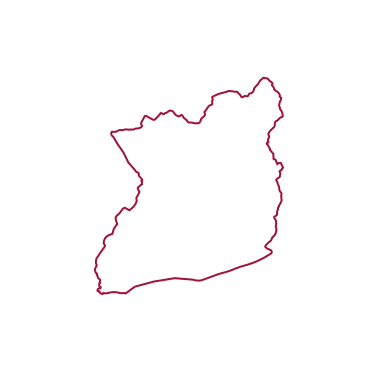 Sopbao, Houaphan, Laos (Mercator projection), rotated 307°
{"feature_id": "54806243B20736296010663", "entity_name": "Sopbao", "entity_type": "district", "adm_level": 2, "iso_a3": "LAO", "parent_name": "Laos", "parent_adm1": "Houaphan", "projection": "mercator", "projection_center": [104.423, 20.651], "detail": "fine", "context": "isolated", "style": "outline", "palette": "rose", "viewbox_px": 384, "rotation_deg": 307, "n_neighbors": 0, "source": "geoboundaries", "source_scale": "gbopen_adm2", "svg_char_len": 6046}
<svg xmlns="http://www.w3.org/2000/svg" viewBox="0 0 384 384"><g transform="rotate(307 192 192)"><path d="M190.9,292.3L192.1,291.8L193.0,290.4L192.6,288.2L192.1,286.4L192.1,284.0L192.6,283.2L193.7,283.1L194.9,283.1L197.6,283.5L200.7,284.3L202.5,283.9L203.6,283.5L204.3,283.7L206.3,283.7L207.1,284.0L207.9,284.0L208.9,283.8L209.9,283.4L212.1,282.5L213.0,281.8L213.5,281.5L214.7,279.8L215.1,279.5L215.9,279.2L218.1,277.7L218.8,277.1L219.6,276.4L220.0,275.6L220.7,273.6L221.4,272.7L221.7,272.6L222.3,272.8L223.6,273.4L224.4,273.6L224.8,273.5L225.4,273.3L226.1,272.7L227.9,271.6L230.2,270.9L230.9,270.4L231.4,270.2L232.1,270.2L232.9,270.1L233.4,269.7L234.3,269.6L236.0,269.5L237.2,269.1L239.1,268.7L239.5,268.5L240.0,267.9L240.9,267.0L243.0,265.3L244.3,264.7L244.8,264.1L245.2,263.2L245.3,262.3L245.7,261.3L246.4,260.4L247.6,259.3L248.8,257.9L250.4,255.2L251.3,254.1L252.2,252.1L252.5,251.9L253.2,251.9L254.0,252.1L256.3,252.9L257.3,252.9L258.7,252.0L260.0,251.4L260.6,250.6L260.8,249.9L261.1,249.6L261.6,249.5L262.3,249.6L263.2,250.4L263.5,250.4L264.6,249.9L265.7,250.0L266.0,250.1L266.3,250.1L266.5,249.9L266.6,249.2L267.5,247.8L267.9,246.7L268.6,245.6L268.6,245.3L268.4,244.9L267.5,244.0L266.6,243.5L265.9,243.3L265.6,243.2L266.2,242.4L266.8,241.3L268.0,239.5L268.0,238.6L267.4,237.8L267.5,237.3L268.0,236.7L269.0,236.1L269.9,235.1L270.9,234.5L271.4,234.1L271.9,231.9L272.1,231.0L272.5,229.6L272.5,228.9L272.7,228.6L273.2,228.4L273.6,227.8L274.2,226.3L274.9,224.9L275.2,224.1L275.4,222.7L275.7,222.5L276.3,222.3L276.7,222.3L277.3,223.1L277.7,223.1L278.2,222.6L278.9,221.5L279.9,221.0L280.8,220.9L281.8,220.8L282.5,220.4L283.2,219.6L283.7,218.5L284.4,218.1L285.6,217.8L286.9,217.6L288.5,217.7L290.1,218.0L291.2,218.0L292.1,218.3L293.3,218.4L294.5,218.2L295.2,217.9L296.9,216.7L297.7,216.4L298.2,216.3L298.9,216.4L300.4,217.2L302.3,217.3L303.3,217.6L304.3,217.7L305.1,218.0L306.1,218.7L306.7,219.0L307.1,218.9L309.0,217.1L310.1,215.5L310.7,214.2L311.0,213.0L311.5,212.0L312.4,211.3L313.0,210.2L313.6,209.4L314.5,209.0L315.6,208.4L317.0,207.9L319.4,207.5L320.2,206.9L320.9,206.4L320.9,204.8L321.1,204.4L322.2,203.9L323.0,202.3L323.4,200.8L323.4,199.0L323.2,197.8L323.3,197.1L323.3,196.6L323.2,196.3L323.3,196.0L323.7,195.7L324.2,195.2L324.4,194.8L324.6,194.0L325.0,193.6L325.2,193.1L325.3,191.6L325.8,191.3L326.5,191.2L327.1,191.0L327.4,190.4L327.5,189.1L327.4,186.9L327.7,186.0L328.0,184.5L328.0,183.8L327.6,183.0L327.2,182.3L326.8,181.5L326.4,180.5L325.9,180.1L324.3,179.9L323.3,179.7L322.7,179.4L320.9,179.4L319.2,179.6L318.5,179.8L317.6,179.8L316.3,179.5L315.3,179.4L314.1,179.4L312.8,179.3L311.8,179.4L310.9,179.9L310.0,180.2L308.6,180.4L307.7,180.3L306.6,179.9L305.2,178.7L304.8,178.6L303.8,178.6L303.4,178.8L302.7,178.9L302.2,178.8L301.6,178.5L301.2,178.0L301.0,177.3L300.7,176.6L300.2,176.2L299.3,175.8L298.5,175.6L298.1,175.3L297.7,174.9L297.6,174.5L297.9,173.5L298.4,172.4L298.8,170.8L298.7,169.7L298.9,169.0L299.2,168.3L299.3,168.0L299.3,167.7L299.0,167.4L298.4,166.5L297.6,165.6L296.8,163.7L296.1,162.7L295.6,161.8L294.8,160.6L293.9,159.9L292.8,159.3L290.0,157.1L286.5,154.3L282.9,152.3L280.3,151.0L279.6,151.2L279.0,152.2L278.2,153.1L277.0,153.2L275.1,154.6L274.8,155.2L274.1,155.2L273.0,154.9L271.9,154.1L270.6,153.7L268.1,153.7L265.7,153.9L263.6,153.8L263.2,153.8L262.2,155.3L261.4,156.0L260.5,156.1L258.8,155.9L257.6,155.5L256.6,155.3L255.2,155.5L254.1,156.0L253.0,156.2L252.0,156.2L250.9,155.9L249.7,154.3L248.9,153.6L248.1,151.9L247.4,150.3L246.7,149.1L246.0,148.3L245.5,147.4L245.5,146.4L246.1,144.7L246.3,140.9L246.8,139.3L247.3,138.3L247.3,137.6L246.8,136.9L245.6,136.7L244.4,136.0L244.1,135.0L243.8,133.3L243.8,132.2L244.8,128.5L244.7,127.2L243.7,125.2L242.7,124.8L240.6,124.2L238.3,122.8L237.6,122.8L237.0,122.3L236.6,121.1L236.6,119.7L236.1,119.5L233.1,119.5L231.4,119.2L228.7,119.0L227.4,118.6L226.6,118.1L226.3,117.4L225.5,112.5L225.4,111.0L225.3,110.0L224.9,109.3L223.9,108.6L222.0,109.0L217.5,109.6L216.2,110.0L215.5,110.7L214.9,112.0L214.5,112.4L213.8,112.5L212.9,112.3L211.2,111.4L209.9,110.2L208.8,108.8L207.6,108.2L206.5,107.6L205.5,106.0L204.6,105.0L203.5,103.7L202.5,101.9L201.8,101.1L201.1,100.4L199.8,99.6L199.1,98.5L198.0,97.0L197.1,96.3L194.8,95.4L194.1,94.6L192.7,93.1L192.3,92.3L191.8,91.8L191.3,91.7L190.6,92.0L190.0,92.4L189.1,93.5L188.8,94.3L188.6,96.3L188.4,96.5L187.7,98.4L185.7,103.1L182.3,113.5L177.3,123.3L175.3,132.8L174.6,135.1L175.0,138.1L173.4,139.3L173.1,139.8L172.7,141.1L172.4,142.6L172.1,144.1L171.8,144.7L171.5,145.2L171.1,145.4L170.5,145.5L170.3,145.2L169.7,146.2L168.8,146.6L168.0,147.4L166.1,146.7L164.9,146.6L163.5,146.1L162.4,146.3L161.5,147.6L160.4,150.0L158.2,150.5L153.8,151.1L151.6,153.2L148.6,154.1L144.5,154.1L139.7,153.0L139.0,147.8L137.1,146.8L131.4,146.9L129.6,146.6L127.5,146.2L126.0,146.2L124.3,147.5L122.8,149.5L121.4,151.6L119.2,151.5L115.3,151.8L110.7,153.6L107.3,151.4L105.6,150.8L103.5,150.4L100.4,150.9L98.0,152.2L96.7,154.9L94.7,155.3L93.3,155.0L92.3,155.3L89.0,155.3L84.8,155.6L81.4,155.7L79.4,156.7L77.3,158.1L76.2,160.0L74.3,160.4L71.9,160.9L69.9,163.1L69.5,165.3L69.2,165.2L68.9,165.4L68.6,165.7L68.4,166.4L68.3,166.8L67.7,167.5L66.9,168.5L66.7,169.0L66.8,169.9L66.7,171.1L66.6,171.4L66.5,171.7L65.6,172.2L64.2,172.6L64.1,172.8L63.8,173.4L63.7,173.5L63.1,173.3L62.7,173.3L62.4,173.4L62.0,173.7L61.2,174.4L61.1,174.6L61.0,174.9L61.0,175.2L61.2,175.7L61.1,176.3L60.8,176.6L60.5,176.7L60.0,176.7L59.6,176.5L59.1,175.8L58.9,175.6L58.4,175.4L57.9,175.3L57.2,175.4L56.5,175.7L56.2,176.0L56.2,176.6L56.9,177.5L56.9,177.8L56.9,178.1L56.7,178.3L56.3,178.4L56.3,178.9L56.0,180.0L56.3,181.2L56.7,181.8L57.0,182.1L57.4,182.1L57.8,181.9L58.0,181.9L58.2,182.1L58.4,182.4L58.5,183.2L59.9,185.1L61.4,186.1L64.6,189.2L67.1,193.1L67.9,195.4L71.1,199.6L71.1,200.1L81.9,203.3L97.5,215.4L113.1,230.4L116.8,236.5L118.6,239.2L122.4,245.3L123.8,248.4L125.4,250.9L127.1,252.6L129.3,254.1L132.5,256.2L142.3,262.5L148.7,267.4L152.4,270.0L156.6,272.5L161.4,275.6L167.8,280.4L171.3,282.8L175.2,285.2L179.8,287.6L183.8,289.5L190.9,292.3Z" fill="none" stroke="#9f1239" stroke-width="2"/></g></svg>